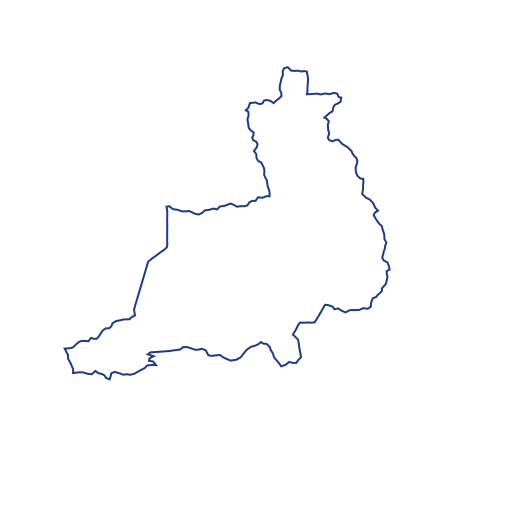 outline of Taubaté, São Paulo, Brazil, rotated 297°
{"feature_id": "56859067B10359153481242", "entity_name": "Taubaté", "entity_type": "district", "adm_level": 2, "iso_a3": "BRA", "parent_name": "Brazil", "parent_adm1": "São Paulo", "projection": "mercator", "projection_center": [-45.499, -23.087], "detail": "fine", "context": "isolated", "style": "outline", "palette": "blue", "viewbox_px": 512, "rotation_deg": 297, "n_neighbors": 0, "source": "geoboundaries", "source_scale": "gbopen_adm2", "svg_char_len": 4072}
<svg xmlns="http://www.w3.org/2000/svg" viewBox="0 0 512 512"><g transform="rotate(297 256 256)"><path d="M169.1,328.5L172.7,331.9L176.6,333.6L177.5,337.4L179.0,340.4L182.6,341.0L186.3,342.0L190.4,339.0L193.2,336.7L196.4,334.6L200.5,331.5L201.9,327.5L202.7,324.5L208.1,325.0L213.4,324.9L216.5,325.4L218.4,329.1L220.1,332.0L221.5,335.2L223.5,338.4L232.0,339.1L243.9,339.7L245.0,342.4L245.7,347.3L244.2,349.9L246.5,353.0L246.2,356.9L246.3,361.2L250.5,364.4L252.7,368.6L254.6,372.2L258.3,375.4L259.7,379.5L262.9,381.3L265.7,380.1L268.3,379.5L271.4,379.3L274.0,381.6L276.6,382.1L279.3,383.3L281.8,384.1L284.3,382.9L287.4,383.7L290.4,384.4L294.5,383.3L297.3,382.6L299.3,380.7L301.9,379.3L304.6,381.2L307.5,378.8L309.9,376.2L310.0,371.9L312.0,369.1L315.7,368.5L318.1,367.7L320.7,367.6L323.6,366.5L327.1,366.1L329.4,362.8L333.8,360.2L337.4,356.5L339.7,354.6L340.5,351.7L342.3,347.9L344.0,345.1L345.8,342.3L348.9,342.3L351.7,344.2L353.2,340.2L356.3,336.4L357.9,331.9L357.9,327.4L359.5,322.5L364.1,321.0L368.4,319.0L370.8,318.1L373.4,316.5L372.4,313.6L373.5,310.0L375.3,307.7L377.5,306.0L380.3,304.5L383.0,304.2L386.7,303.2L388.9,300.9L389.8,297.8L391.1,295.5L392.8,293.5L394.5,288.3L394.9,282.2L395.9,279.4L397.0,276.4L395.1,273.8L392.9,272.2L392.5,268.6L394.0,266.2L398.2,265.7L401.4,262.9L405.4,260.5L409.1,259.7L410.3,256.9L410.4,254.1L413.2,255.2L416.8,256.6L419.7,258.5L423.5,257.4L426.5,257.6L429.1,259.7L431.7,261.3L435.8,260.1L435.2,257.5L437.5,254.6L436.6,251.2L433.6,248.1L432.2,243.8L429.3,240.3L428.4,236.6L426.6,233.8L424.5,230.2L423.1,227.8L425.7,227.2L429.6,225.3L434.1,223.5L438.2,221.6L440.5,219.7L443.4,217.6L442.7,215.1L440.9,212.4L440.2,209.4L438.7,206.8L437.1,203.2L438.7,198.5L435.9,195.7L432.3,196.0L429.7,197.8L426.2,198.0L422.9,198.8L418.7,199.9L414.9,201.6L413.0,204.3L410.1,206.1L406.7,205.0L404.1,203.6L400.2,202.3L400.8,198.0L399.7,194.5L398.0,192.5L394.8,192.5L392.9,190.0L392.6,185.9L389.5,181.2L384.3,181.9L381.2,180.8L381.1,183.6L378.1,185.5L373.8,186.4L369.5,189.6L366.8,191.4L365.4,194.8L365.1,197.8L362.2,198.9L359.7,198.9L357.9,201.1L357.9,204.5L356.3,206.6L353.1,207.3L348.6,206.5L346.9,210.0L343.5,212.0L341.7,214.7L341.7,218.1L337.9,223.3L335.2,225.1L332.1,226.3L330.2,228.6L328.4,231.3L322.8,235.2L321.2,237.3L318.8,239.2L315.4,241.0L313.7,237.7L311.1,235.7L309.1,231.1L305.0,230.6L303.2,227.3L300.5,225.6L297.3,225.4L295.1,223.2L293.6,220.0L291.3,216.6L291.5,213.1L291.2,209.6L286.7,205.5L283.6,201.3L279.9,200.2L278.9,196.5L275.7,193.1L273.4,189.7L270.4,188.7L267.0,186.2L265.9,182.5L265.9,178.8L265.7,175.9L263.7,172.9L262.1,169.4L261.6,165.3L260.0,160.6L261.0,156.2L259.3,153.9L255.6,156.6L251.1,158.9L248.1,160.3L243.8,162.6L237.6,165.7L232.7,168.2L229.3,169.9L226.1,171.7L223.2,172.6L219.6,171.3L216.5,169.5L213.6,168.1L210.9,166.8L207.4,164.9L202.0,162.5L197.2,163.4L155.9,171.0L152.9,171.7L150.6,173.2L148.2,175.2L144.7,172.7L142.3,172.1L141.0,169.8L139.3,166.7L137.0,164.1L134.6,161.0L131.0,158.7L127.8,159.0L124.8,157.9L123.4,155.0L120.2,153.3L117.1,152.8L113.2,152.5L109.9,151.6L108.6,149.1L108.1,146.1L104.0,145.4L101.7,140.0L99.5,137.5L95.8,135.9L91.4,134.4L89.3,131.9L86.6,127.6L82.6,133.3L79.0,135.3L76.6,139.1L74.0,142.2L72.0,144.6L68.6,146.1L71.9,150.9L73.8,154.6L74.5,159.1L76.1,163.4L80.7,165.1L80.0,168.4L80.9,172.5L80.8,175.2L79.3,177.8L79.6,181.6L82.8,181.1L85.7,180.3L88.6,182.7L89.6,188.1L90.0,191.7L92.0,194.6L93.1,197.9L95.9,201.1L99.8,203.6L101.9,205.1L105.7,207.8L109.0,208.6L110.6,211.1L112.2,213.6L113.4,216.4L115.3,212.2L114.0,208.2L116.6,207.6L120.2,210.3L119.8,207.6L119.3,204.2L122.3,205.8L124.9,210.2L130.4,219.3L132.1,222.2L133.8,224.4L136.2,227.9L138.2,230.8L141.9,232.6L143.6,236.2L144.1,239.0L144.8,244.2L146.3,247.1L148.7,249.7L149.2,254.0L146.0,258.5L146.6,261.3L149.7,266.1L151.5,268.9L150.8,272.4L150.9,275.8L151.3,281.0L154.7,285.6L158.7,288.3L163.0,289.2L167.1,290.0L170.0,291.2L173.4,293.2L175.3,295.6L178.4,298.1L181.5,299.5L181.3,302.3L182.5,305.5L181.2,309.5L178.7,312.1L177.0,315.2L174.2,317.8L172.7,320.9L171.4,324.2L169.1,328.5Z" fill="none" stroke="#1e3a8a" stroke-width="2"/></g></svg>